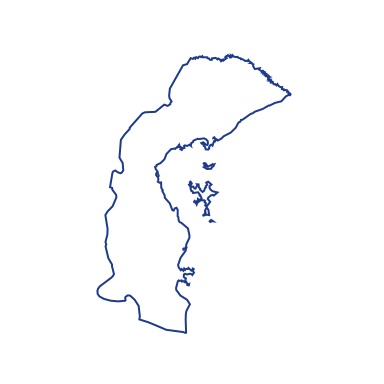 the district of Kolaka, Sulawesi Tenggara, Indonesia, rotated 227°
{"feature_id": "22746128B69202393010200", "entity_name": "Kolaka", "entity_type": "district", "adm_level": 2, "iso_a3": "IDN", "parent_name": "Indonesia", "parent_adm1": "Sulawesi Tenggara", "projection": "mercator", "projection_center": [121.519, -4.102], "detail": "fine", "context": "isolated", "style": "outline", "palette": "blue", "viewbox_px": 384, "rotation_deg": 227, "n_neighbors": 0, "source": "geoboundaries", "source_scale": "gbopen_adm2", "svg_char_len": 6101}
<svg xmlns="http://www.w3.org/2000/svg" viewBox="0 0 384 384"><g transform="rotate(227 192 192)"><path d="M290.8,282.3L288.9,275.6L290.8,271.8L282.7,246.3L277.9,240.8L275.6,239.4L272.1,238.8L271.8,236.7L271.0,235.9L271.6,232.9L274.8,231.3L275.6,219.9L282.4,211.9L283.3,209.2L281.7,192.1L281.4,190.1L280.6,189.4L280.0,181.8L278.6,175.5L266.6,162.4L260.4,161.0L254.7,156.5L254.1,154.2L254.4,152.6L256.9,151.2L260.0,150.6L260.8,148.4L260.2,146.8L251.4,135.3L249.5,136.4L248.0,135.3L241.7,134.6L239.6,133.0L235.7,124.2L235.4,117.2L234.2,112.9L222.6,105.1L218.6,101.1L214.4,94.6L212.1,93.5L211.2,91.7L200.7,85.7L193.4,84.0L192.2,82.8L185.2,79.0L184.4,76.5L184.4,74.1L185.9,60.2L185.3,57.3L184.3,55.5L181.8,53.5L178.7,53.1L173.9,54.7L167.8,58.5L162.2,63.6L158.1,68.9L158.2,69.6L160.4,71.2L160.6,72.2L160.2,74.6L158.4,76.1L152.4,76.6L145.1,75.3L136.7,69.1L134.7,66.6L126.2,71.4L108.8,79.2L95.5,90.1L93.2,91.3L93.2,91.8L103.3,100.6L107.4,104.8L108.9,107.0L111.3,113.9L116.5,114.9L124.2,112.9L131.0,113.7L132.6,114.8L136.4,120.8L136.4,122.0L135.4,122.3L134.4,124.1L133.3,123.6L132.6,125.0L130.8,125.2L129.2,126.3L131.9,126.8L133.0,128.6L134.7,128.0L135.7,128.2L137.2,129.9L137.0,131.1L135.0,132.1L133.6,134.8L132.1,135.7L131.1,135.6L131.7,138.5L133.7,138.8L134.5,140.7L135.5,140.3L134.8,139.3L134.9,137.9L138.9,137.6L138.5,136.5L139.8,135.3L139.7,133.8L141.3,134.0L140.3,132.0L142.7,131.9L142.4,130.5L145.6,130.8L148.0,131.9L151.7,138.8L153.4,147.4L154.4,147.9L154.1,148.2L154.5,148.9L154.6,148.2L155.5,147.8L155.3,147.5L155.7,146.6L155.8,146.5L156.2,146.9L156.2,146.7L156.5,146.5L156.5,146.2L156.5,146.5L156.2,146.9L155.7,146.6L155.5,147.8L154.7,148.7L157.7,152.3L160.3,158.9L162.0,160.5L168.1,164.2L176.7,163.2L178.5,162.4L180.2,162.8L183.0,164.9L184.1,165.0L188.6,169.3L191.0,169.9L191.8,168.1L190.9,165.9L192.2,165.3L198.9,168.0L206.2,168.2L208.3,169.7L213.0,171.0L213.2,171.8L215.9,172.3L220.1,175.9L221.0,174.5L222.3,174.2L222.0,175.0L222.5,174.3L225.0,176.7L226.5,177.3L226.5,178.0L227.3,177.5L226.9,177.2L227.8,177.2L227.6,177.9L227.9,177.2L229.4,177.7L229.6,179.4L228.5,179.6L228.9,179.8L230.1,179.3L230.2,180.7L233.4,181.1L235.5,182.1L235.1,183.6L235.9,184.6L234.6,188.7L234.6,192.6L234.9,194.6L237.2,199.2L237.6,205.9L235.6,209.0L235.0,209.1L235.0,212.1L233.6,211.9L234.6,212.3L233.9,213.1L234.8,213.9L234.3,214.0L234.7,214.6L232.7,213.8L232.8,214.3L231.7,214.7L231.2,213.2L230.8,213.8L230.4,213.0L229.7,213.2L230.2,215.1L229.4,216.5L231.2,217.7L231.1,218.4L228.9,220.0L228.3,222.5L226.8,222.7L227.7,223.1L227.4,223.7L228.3,224.8L227.8,226.8L228.6,228.0L227.0,232.6L225.9,233.2L223.1,237.3L221.2,238.2L218.5,238.2L216.6,236.7L215.9,235.4L217.1,234.5L220.6,234.2L221.5,232.2L220.8,232.1L220.0,233.5L219.3,233.6L219.0,232.9L218.1,233.7L217.6,232.1L216.0,232.3L213.9,231.1L212.0,232.7L212.0,234.2L213.0,234.8L213.8,237.6L213.4,238.5L211.9,238.6L213.6,241.7L213.3,242.9L214.1,243.0L213.3,245.3L213.9,245.6L214.0,245.1L214.5,244.8L216.4,245.5L216.9,244.5L217.1,244.9L216.7,245.7L214.4,245.1L213.9,245.9L212.0,246.0L211.0,250.2L211.2,253.1L209.0,260.9L209.2,267.9L211.1,273.3L210.5,275.3L211.3,277.0L210.4,278.2L209.1,288.2L208.1,290.2L207.9,292.7L204.6,300.1L202.9,307.2L202.3,307.7L200.6,313.4L197.4,319.2L197.9,325.9L197.1,328.8L195.9,329.7L196.2,330.7L197.0,330.9L198.3,330.0L198.5,330.6L200.1,330.8L200.4,329.9L201.9,330.8L203.8,328.6L204.5,329.2L205.9,328.0L207.3,329.5L208.3,328.2L210.4,327.7L212.6,328.1L212.3,326.5L214.2,326.4L214.6,325.5L215.9,325.3L217.1,326.0L217.5,325.3L217.8,325.8L218.3,325.4L218.8,325.7L218.8,324.7L219.7,325.5L219.7,325.0L220.2,325.2L220.9,324.3L221.2,325.6L222.3,324.5L222.4,325.6L223.8,326.1L223.2,327.2L224.1,326.8L224.7,327.4L225.4,327.2L225.1,326.4L225.7,326.8L225.2,326.0L226.4,324.8L227.0,325.0L226.6,325.8L227.2,325.5L227.0,326.1L227.6,326.9L228.0,326.4L228.8,326.6L228.9,325.6L229.9,326.6L230.1,325.8L230.5,326.7L231.3,326.6L231.0,325.5L231.8,326.1L232.1,324.9L232.7,325.7L232.9,325.2L235.0,324.8L235.7,325.2L235.9,324.6L236.3,324.5L236.5,325.7L239.1,321.8L242.5,322.6L243.5,324.0L244.7,323.4L245.4,323.7L246.2,322.9L246.1,323.4L246.8,323.5L248.6,323.0L250.0,323.3L249.7,322.0L250.6,321.8L251.4,320.3L254.6,319.6L255.7,318.4L256.4,318.8L258.3,317.5L259.8,317.5L260.8,316.0L262.4,315.0L264.4,314.9L263.9,313.9L264.9,313.7L264.0,313.3L263.9,312.4L264.7,312.6L264.9,311.8L265.7,312.6L266.7,311.3L267.6,311.6L268.1,308.7L267.7,308.1L266.3,308.6L266.7,304.8L267.6,305.2L268.5,303.5L267.7,303.1L267.8,302.4L270.2,302.8L271.8,302.2L271.6,301.1L274.0,300.7L275.2,298.9L276.0,299.2L275.5,298.7L276.1,297.7L275.2,296.7L275.5,296.0L276.9,295.2L278.1,295.5L279.2,294.6L280.1,295.0L283.2,291.8L284.3,292.2L284.4,290.6L285.7,290.3L286.2,289.0L285.8,287.7L287.8,287.0L287.2,285.3L288.8,285.1L288.7,283.4L290.8,282.3ZM190.5,192.1L187.7,196.2L185.7,196.1L184.5,195.3L184.0,195.8L183.4,195.2L182.7,195.5L180.7,194.6L181.1,192.0L182.9,191.6L182.0,190.7L181.9,189.6L182.6,187.8L183.7,187.8L183.4,186.8L181.1,187.3L179.7,186.9L180.5,188.3L180.0,192.7L177.6,195.3L176.5,195.4L176.0,194.3L174.2,194.5L173.2,192.5L171.4,192.8L172.4,198.6L176.2,198.8L176.8,200.2L176.6,203.7L175.7,205.2L174.5,205.5L174.3,210.3L178.7,207.5L181.6,207.2L183.5,207.9L184.4,209.0L184.2,211.3L188.5,210.9L189.2,208.9L186.9,208.0L186.9,206.0L185.8,205.2L186.0,204.0L184.6,201.7L184.8,199.8L188.2,199.5L188.7,200.2L190.7,200.2L193.1,202.0L194.2,200.9L193.5,200.8L192.1,196.8L193.0,196.2L195.2,196.6L196.4,194.4L195.4,193.2L193.0,192.2L192.1,192.9L190.5,192.1ZM201.0,220.0L201.9,217.7L198.7,218.6L195.9,221.9L196.7,223.8L196.2,225.1L197.0,227.1L197.4,226.1L198.2,226.2L199.7,220.8L203.6,221.5L204.9,220.6L204.8,220.1L203.2,220.9L202.7,220.4L203.6,218.7L201.9,220.0L201.0,220.0ZM167.4,187.1L167.3,183.5L166.1,186.0L166.6,186.4L163.4,188.8L167.7,191.8L170.1,192.2L170.5,191.5L169.7,189.2L167.4,187.6L167.9,187.5L167.4,187.1ZM199.4,194.8L197.8,194.5L197.6,195.1L198.4,197.7L200.6,198.0L200.7,197.1L199.0,196.1L199.4,194.8ZM156.1,187.5L158.5,187.0L158.6,185.0L157.6,184.9L157.0,186.7L156.1,187.5ZM126.7,127.2L127.5,125.3L127.2,125.1L125.9,126.0L126.7,127.2Z" fill="none" stroke="#1e3a8a" stroke-width="2"/></g></svg>